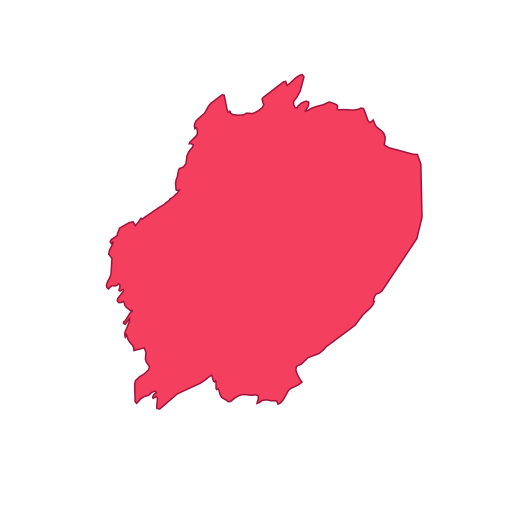 Northern Savonia, Natural Earth projection, rotated 115°
{"feature_id": "FIN-3178", "entity_name": "Northern Savonia", "entity_type": "Province", "adm_level": 1, "iso_a3": "FIN", "parent_name": "Finland", "parent_adm1": "", "projection": "natural_earth1", "projection_center": [27.676, 63.147], "detail": "fine", "context": "isolated", "style": "filled", "palette": "rose", "viewbox_px": 512, "rotation_deg": 115, "n_neighbors": 0, "source": "natural_earth", "source_scale": "10m", "svg_char_len": 3821}
<svg xmlns="http://www.w3.org/2000/svg" viewBox="0 0 512 512"><g transform="rotate(115 256 256)"><path d="M172.2,117.6L234.2,127.0L236.9,128.3L239.9,131.1L241.0,131.3L243.1,131.4L246.4,130.9L247.5,130.2L247.2,129.7L250.3,129.4L253.7,130.1L264.7,134.4L277.0,137.0L308.7,154.1L313.3,155.5L317.7,157.6L326.1,165.9L335.0,169.3L337.2,171.4L339.2,172.7L342.4,171.7L344.7,169.7L347.0,167.0L349.2,164.0L350.9,161.0L354.6,163.0L361.4,168.5L364.3,169.8L374.0,170.4L377.6,171.3L379.5,172.1L381.0,173.5L380.5,173.8L378.6,176.1L380.9,181.5L381.9,185.6L384.2,189.2L387.3,191.0L389.2,192.8L387.8,193.1L385.1,193.4L382.7,194.3L381.6,195.5L382.3,198.3L383.4,199.9L384.9,203.3L386.0,206.9L387.7,210.3L390.2,212.8L393.4,215.0L398.7,217.6L399.8,219.7L399.4,221.2L399.1,222.5L398.9,226.1L398.3,228.0L396.8,229.9L392.9,233.2L392.4,234.2L393.4,235.0L393.7,235.2L393.1,236.1L386.8,239.2L386.2,239.9L387.7,240.5L387.4,241.6L382.7,245.8L385.6,247.7L389.3,249.3L395.0,252.8L414.1,269.0L435.4,278.6L436.1,281.3L434.6,282.3L427.8,284.7L426.3,285.5L425.5,287.0L426.0,287.3L427.9,288.6L428.5,289.0L428.0,289.8L426.9,290.1L424.8,290.0L422.8,289.1L421.9,288.5L421.1,289.8L422.0,291.3L423.9,292.9L427.7,294.4L430.5,297.8L434.0,300.0L440.0,301.9L439.2,303.9L424.1,311.5L420.2,312.6L414.8,310.6L409.8,307.3L404.6,305.3L401.4,305.7L398.4,310.7L396.2,312.7L389.8,315.0L386.5,318.5L393.3,326.6L391.5,327.7L390.7,328.3L389.2,330.1L388.1,332.7L386.9,334.9L385.3,337.2L383.4,339.0L382.6,339.6L382.1,340.1L384.8,340.2L383.0,341.6L380.6,342.5L368.3,343.1L366.3,344.1L373.2,345.6L373.1,347.5L371.4,348.1L370.3,347.2L360.6,346.0L358.3,344.7L357.7,345.6L358.1,346.1L358.4,346.2L358.6,346.4L357.2,352.2L355.9,354.3L354.6,355.2L353.3,356.8L355.5,359.0L356.3,360.8L355.2,362.8L352.7,363.3L343.7,361.3L342.6,362.2L343.1,363.1L345.0,364.0L345.3,364.7L345.1,365.6L344.1,366.0L343.2,365.9L341.6,366.2L340.0,367.1L339.2,367.8L339.5,368.9L340.6,369.2L342.1,370.2L343.0,371.7L343.3,372.8L344.1,374.2L347.5,375.6L348.2,375.7L347.7,377.8L346.0,379.1L341.8,379.7L337.3,379.4L333.8,379.7L319.2,385.5L317.4,388.5L316.6,390.3L312.6,391.2L305.1,391.0L303.3,391.7L306.0,391.8L305.5,393.4L304.2,394.4L301.8,393.9L299.0,392.0L296.0,390.4L294.0,391.1L289.7,391.2L288.5,391.5L279.5,385.2L276.9,381.9L279.5,378.2L275.9,377.1L270.3,376.2L270.7,375.1L270.8,374.6L268.0,373.3L252.5,364.1L248.2,361.1L246.1,360.3L242.5,358.3L240.3,357.9L240.0,357.6L237.4,355.9L233.5,354.6L232.9,354.0L228.8,353.4L229.1,353.9L230.0,355.9L229.3,356.9L228.4,357.2L223.7,359.8L220.5,360.6L217.5,360.8L211.2,362.4L209.0,362.4L208.3,361.5L206.0,359.5L203.8,358.9L201.5,358.6L194.9,360.8L190.5,361.1L184.7,359.7L183.0,359.6L181.6,360.0L181.7,362.5L182.5,364.0L180.6,364.0L172.0,360.8L169.7,360.9L167.3,362.1L165.9,363.2L164.9,364.7L165.2,364.8L166.4,365.2L164.6,366.6L162.3,367.4L158.6,367.4L151.5,364.4L148.4,362.9L140.1,362.4L136.6,361.4L124.3,354.9L123.6,352.9L135.9,343.8L137.4,342.0L137.1,341.2L136.7,341.1L136.2,341.0L135.8,340.9L137.1,339.4L137.7,337.1L136.1,332.1L133.5,327.1L130.5,324.9L129.3,321.9L128.6,319.7L126.8,317.8L122.7,314.9L118.8,313.0L115.8,312.8L113.3,315.2L110.9,316.9L109.1,316.4L86.6,304.7L85.1,302.9L87.8,300.6L88.3,300.2L85.9,298.5L77.9,295.4L73.9,292.9L72.0,290.8L73.4,288.2L88.0,285.6L94.8,286.1L99.6,287.1L100.9,287.0L103.4,285.4L105.0,283.3L104.4,281.4L102.2,281.2L98.7,279.8L95.8,277.4L94.5,276.1L94.2,273.4L95.4,272.6L98.5,272.0L103.8,272.4L102.2,270.5L98.8,268.4L94.3,263.7L90.5,259.0L85.5,254.8L84.9,250.1L84.8,246.8L85.6,245.4L88.3,244.7L88.5,242.8L86.2,238.4L82.5,229.1L79.6,225.0L77.7,223.6L76.9,221.0L78.4,219.2L86.2,211.4L87.0,209.3L84.4,207.7L83.2,207.3L86.8,203.4L87.8,201.9L88.4,200.0L89.8,194.4L90.7,192.2L93.3,189.4L96.3,188.1L101.2,186.6L101.7,181.4L97.4,156.6L95.8,152.7L103.1,145.4L150.8,121.9L172.2,117.6Z" fill="#f43f5e" stroke="#9f1239" stroke-width="1.5"/></g></svg>